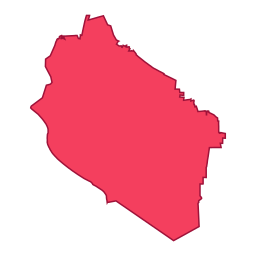 Navolato, Sinaloa, Mexico
{"feature_id": "50627088B58275904386471", "entity_name": "Navolato", "entity_type": "district", "adm_level": 2, "iso_a3": "MEX", "parent_name": "Mexico", "parent_adm1": "Sinaloa", "projection": "robinson", "projection_center": [-107.725, 24.725], "detail": "fine", "context": "isolated", "style": "filled", "palette": "rose", "viewbox_px": 256, "rotation_deg": 0, "n_neighbors": 0, "source": "geoboundaries", "source_scale": "gbopen_adm2", "svg_char_len": 5058}
<svg xmlns="http://www.w3.org/2000/svg" viewBox="0 0 256 256"><path d="M31.3,106.1L31.0,106.7L30.8,107.3L30.7,107.9L31.7,109.0L38.2,114.3L42.2,118.8L43.6,120.6L44.8,122.3L46.0,124.0L46.7,125.4L47.3,126.7L47.5,127.2L47.5,127.3L47.6,127.6L47.7,127.9L47.8,128.1L47.9,128.4L48.0,128.7L48.0,129.0L48.0,129.3L48.1,129.6L48.1,129.8L48.1,130.1L48.1,130.3L48.1,130.8L48.1,131.6L48.1,132.8L47.9,133.3L47.5,134.1L47.4,134.7L47.4,135.2L47.4,135.6L47.3,135.8L47.3,136.1L47.3,136.3L47.3,136.8L47.3,137.3L47.2,137.7L47.2,138.2L47.2,138.4L47.3,138.7L47.3,139.5L47.3,139.8L47.3,140.3L47.3,140.6L47.3,140.8L47.3,141.2L47.3,141.3L47.4,141.7L47.2,142.0L47.4,142.3L47.3,142.6L47.5,143.5L47.6,144.0L47.7,144.4L47.9,145.0L48.2,145.4L48.3,145.8L48.5,146.3L48.8,147.0L49.4,148.0L49.7,148.6L49.8,148.9L50.0,149.3L50.1,149.5L50.4,150.0L50.6,150.3L50.8,150.7L51.0,150.9L51.2,151.2L51.3,151.5L52.0,152.6L52.2,152.8L52.3,153.0L52.8,153.7L53.2,154.1L53.5,154.5L54.8,155.9L55.1,156.3L55.3,156.5L55.8,156.9L56.1,157.3L56.7,157.9L57.4,158.7L59.3,160.4L61.3,162.1L63.2,163.7L65.6,165.6L68.8,168.1L72.6,170.9L77.7,174.4L84.3,178.6L86.3,179.6L89.2,181.1L90.1,181.5L90.5,181.6L92.5,183.6L92.7,184.3L93.3,184.8L95.7,186.0L102.1,190.2L103.8,191.7L105.6,194.2L106.4,195.7L106.5,197.9L106.7,199.5L107.0,200.5L107.1,201.9L107.2,202.6L107.3,202.4L107.7,202.3L108.9,202.2L116.0,200.9L144.3,220.4L173.6,240.6L199.1,226.5L198.1,204.7L197.9,204.0L198.3,202.9L198.8,202.3L198.8,202.0L198.7,201.6L198.6,201.3L198.7,200.9L199.0,200.5L200.3,199.6L201.4,198.7L201.6,198.4L201.6,198.1L201.5,197.7L200.8,196.7L200.0,195.8L200.0,193.9L200.0,192.3L200.0,184.0L203.0,184.0L203.1,183.9L203.1,182.2L203.1,177.4L206.2,177.5L206.2,174.0L206.2,170.8L206.2,170.5L206.2,167.5L206.2,167.3L206.3,167.2L206.5,166.9L206.6,166.7L206.9,164.7L207.2,162.8L207.5,160.1L208.2,156.0L208.9,151.0L209.1,149.7L209.4,147.6L214.2,147.5L214.3,147.5L215.7,147.5L215.9,147.5L216.0,147.5L216.4,147.5L221.1,147.5L220.3,143.3L222.6,143.3L222.7,140.2L222.7,138.1L223.1,138.1L223.4,138.1L225.3,138.2L225.3,137.3L225.3,136.6L225.3,136.4L225.3,135.5L225.3,133.5L222.7,133.0L220.9,132.6L220.7,132.8L220.7,133.0L220.3,133.2L219.5,133.2L219.6,132.5L218.9,132.3L218.7,132.2L218.7,126.6L218.6,124.1L218.6,123.5L218.6,122.1L218.7,121.1L217.7,120.9L217.6,118.9L217.5,117.9L216.5,117.3L216.3,117.2L216.1,117.0L214.3,115.3L214.1,115.1L213.8,114.8L213.6,114.7L213.1,114.5L212.5,114.2L210.5,113.2L209.8,112.9L209.2,112.7L208.9,112.4L208.9,112.2L208.8,111.8L208.8,111.7L208.8,111.3L208.8,111.2L208.7,111.1L208.4,111.0L207.8,111.0L207.8,111.7L206.6,111.8L206.6,114.8L206.4,114.8L206.4,114.1L206.4,113.6L206.3,113.1L206.3,112.3L206.3,111.5L206.3,111.4L206.3,111.2L205.1,111.3L205.0,110.8L202.9,111.1L200.8,111.3L199.3,111.4L197.9,111.5L197.8,111.1L197.7,110.5L197.6,110.4L197.3,109.3L197.1,108.6L196.8,107.9L196.7,107.5L196.5,106.9L196.3,106.3L195.1,106.9L195.0,106.4L195.0,106.1L194.8,106.1L194.6,105.2L194.4,104.5L194.0,104.5L193.9,104.2L193.9,103.6L193.8,102.9L193.8,102.3L193.8,102.1L193.9,101.7L193.9,101.4L194.1,101.0L194.0,100.9L194.0,100.6L193.7,100.1L190.9,101.0L190.9,99.0L190.0,99.5L189.8,99.5L187.8,99.7L185.1,100.1L183.6,100.3L183.8,98.5L184.0,97.4L179.7,97.0L180.0,95.0L183.7,95.4L183.7,92.5L179.8,92.4L179.4,89.2L175.1,89.1L175.9,80.4L171.9,78.4L163.8,74.5L164.1,73.9L163.5,73.4L162.3,72.8L161.8,72.5L160.4,71.8L159.0,71.1L158.1,70.6L157.2,70.1L155.9,69.4L155.6,69.3L155.2,69.0L154.7,68.8L154.3,68.6L153.1,67.9L151.8,67.0L151.5,66.7L150.0,65.6L149.8,65.5L149.5,65.3L146.7,63.2L145.7,62.5L144.1,61.3L143.4,60.7L140.4,58.3L139.1,57.3L138.1,56.5L137.7,56.2L137.3,55.7L136.7,55.2L136.2,54.9L136.2,54.2L136.1,53.9L135.1,52.5L135.0,52.4L134.5,51.8L134.2,51.4L133.6,50.7L133.6,51.2L132.7,51.0L131.9,50.8L131.4,50.7L131.4,51.0L131.1,51.0L130.1,51.0L129.4,51.0L128.7,51.0L128.8,50.8L129.1,50.2L129.5,49.6L129.7,49.1L129.8,48.9L129.4,48.9L129.3,46.9L128.8,46.8L127.9,47.0L126.9,47.2L126.8,46.8L126.7,46.5L126.6,45.8L126.7,45.2L126.4,45.2L126.2,45.3L126.0,45.5L125.9,45.6L125.5,46.5L125.4,46.4L125.1,46.2L123.1,45.3L122.3,47.1L122.1,47.4L121.9,47.3L121.8,47.2L121.3,45.9L120.8,45.9L120.1,46.0L119.4,46.0L119.1,46.0L118.9,45.9L118.7,45.7L116.5,44.2L117.4,42.7L118.1,41.4L118.7,41.1L117.4,40.5L116.5,40.0L116.3,39.9L113.5,35.0L110.7,25.9L107.6,24.8L103.4,15.8L97.8,17.3L97.2,17.5L95.9,17.9L95.4,18.0L94.1,18.4L92.0,19.0L90.5,19.4L90.0,19.6L88.2,20.0L88.5,19.0L88.6,18.9L88.9,18.0L89.3,16.5L89.4,16.2L89.6,15.6L89.6,15.4L89.0,15.4L88.2,15.4L87.2,15.4L86.5,15.4L86.3,15.9L86.3,16.0L85.9,17.3L85.4,19.1L84.9,21.0L83.2,28.7L83.2,28.9L82.8,30.5L82.5,32.2L82.0,34.4L81.8,35.3L80.4,34.9L80.4,36.7L80.0,37.2L80.0,38.8L78.4,38.5L77.3,36.0L77.1,35.5L75.5,35.5L74.8,35.6L65.0,36.1L63.4,36.1L64.7,39.1L63.1,38.3L62.9,37.9L61.8,38.6L61.0,38.6L60.9,38.1L61.4,37.1L62.4,36.9L61.7,35.5L61.1,35.7L59.5,36.5L59.1,38.4L58.3,38.9L58.1,38.7L57.9,38.7L57.5,38.9L56.9,39.5L56.8,40.3L56.6,40.7L56.2,41.2L55.7,42.5L55.1,44.6L54.7,45.8L50.3,55.8L45.6,59.1L45.4,66.5L50.8,76.8L52.0,82.4L50.4,84.2L46.4,85.2L42.4,97.8L31.3,106.1Z" fill="#f43f5e" stroke="#9f1239" stroke-width="1.5"/></svg>